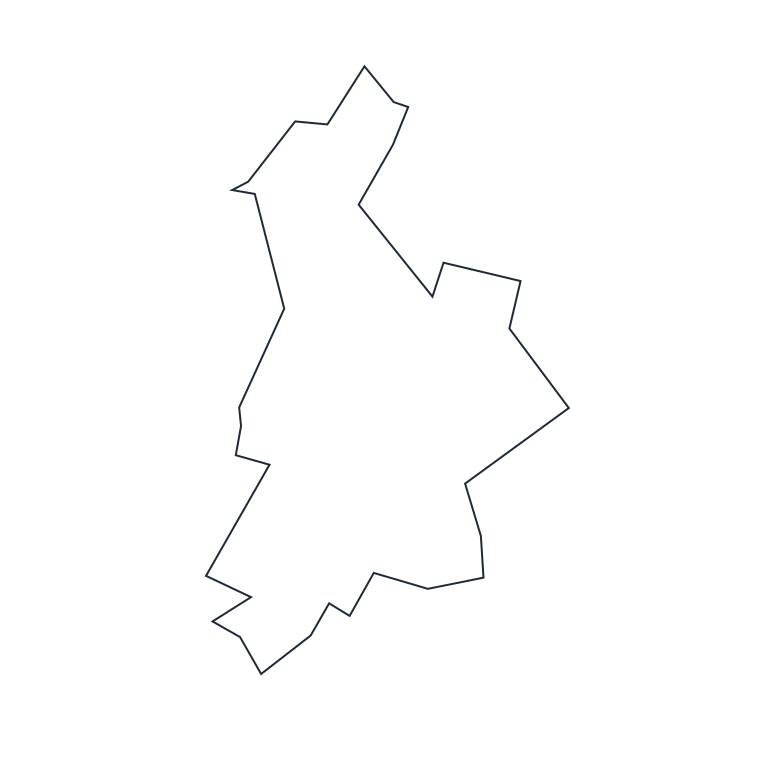 Paxtakor, Jizzakh, Uzbekistan (Natural Earth projection), rotated 11°
{"feature_id": "79887680B29992956990251", "entity_name": "Paxtakor", "entity_type": "district", "adm_level": 2, "iso_a3": "UZB", "parent_name": "Uzbekistan", "parent_adm1": "Jizzakh", "projection": "natural_earth1", "projection_center": [68.003, 40.317], "detail": "fine", "context": "isolated", "style": "outline", "palette": "slate", "viewbox_px": 768, "rotation_deg": 11, "n_neighbors": 0, "source": "geoboundaries", "source_scale": "gbopen_adm2", "svg_char_len": 572}
<svg xmlns="http://www.w3.org/2000/svg" viewBox="0 0 768 768"><g transform="rotate(11 384 384)"><path d="M318.7,692.1L360.0,644.9L372.0,609.8L394.5,618.2L410.0,571.4L466.1,576.7L518.6,555.1L508.1,514.7L482.6,466.3L570.0,372.3L496.5,305.6L498.4,256.9L419.3,253.6L414.9,289.0L324.9,212.8L347.2,147.2L354.9,107.5L339.7,105.4L304.2,75.9L278.9,140.0L246.7,143.2L212.1,211.3L198.0,222.6L220.9,222.1L271.7,329.1L246.3,434.7L251.7,452.6L252.1,482.2L287.0,485.1L245.9,606.3L294.1,618.6L261.0,649.8L291.0,659.9L318.7,692.1Z" fill="none" stroke="#1e293b" stroke-width="2"/></g></svg>